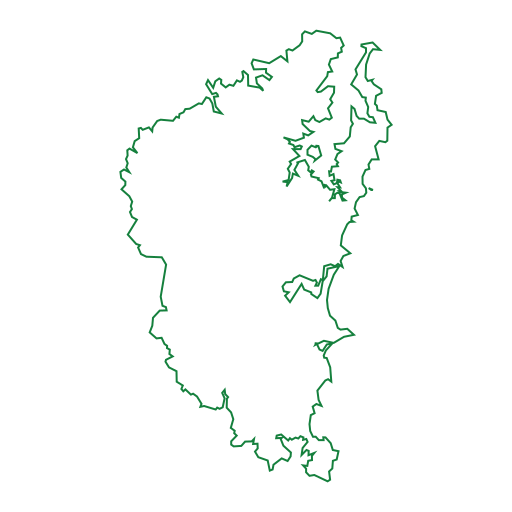 Northern Beaches, New South Wales, Australia (Albers equal-area conic projection)
{"feature_id": "25037944B81755283628627", "entity_name": "Northern Beaches", "entity_type": "district", "adm_level": 2, "iso_a3": "AUS", "parent_name": "Australia", "parent_adm1": "New South Wales", "projection": "albers", "projection_center": [151.285, -33.698], "detail": "fine", "context": "isolated", "style": "outline", "palette": "green", "viewbox_px": 512, "rotation_deg": 0, "n_neighbors": 0, "source": "geoboundaries", "source_scale": "gbopen_adm2", "svg_char_len": 6036}
<svg xmlns="http://www.w3.org/2000/svg" viewBox="0 0 512 512"><path d="M183.3,391.3L185.4,389.4L190.9,394.6L193.1,393.7L197.0,396.5L201.5,403.8L200.4,406.8L204.1,406.0L215.7,409.5L217.2,407.6L219.6,408.8L222.7,407.3L224.6,398.3L222.2,392.9L224.7,389.8L225.2,394.1L228.1,397.1L226.9,398.7L226.7,407.7L231.1,412.4L233.3,419.2L230.8,427.9L234.7,430.8L234.2,433.2L236.7,435.6L231.2,441.3L231.2,444.6L233.7,446.4L241.3,445.9L245.1,441.6L251.7,441.4L254.0,439.0L253.1,444.0L257.5,443.7L257.7,448.4L255.0,451.6L258.3,457.2L267.7,460.5L269.8,470.6L272.6,469.5L273.5,464.7L281.7,458.4L287.6,461.0L290.6,456.4L290.9,452.5L283.4,445.7L280.6,438.7L281.7,437.9L276.2,438.2L276.7,435.6L281.2,434.5L288.2,440.5L289.9,438.2L291.8,439.7L295.5,437.6L298.3,438.5L300.4,436.2L303.4,437.4L303.1,439.8L306.3,439.0L307.6,441.9L302.6,448.0L301.6,455.0L306.5,450.0L308.7,450.9L308.5,455.2L314.3,452.9L311.9,455.9L312.0,460.1L308.2,460.8L307.3,465.9L303.1,465.4L306.1,468.7L306.1,472.3L309.5,475.8L314.3,475.0L327.6,481.3L330.1,479.7L329.1,471.5L332.3,468.5L332.9,460.8L336.7,459.5L338.5,451.2L332.8,450.0L330.7,443.2L325.5,437.4L323.3,437.3L323.6,440.1L318.8,440.1L315.7,436.7L313.0,436.8L310.2,431.0L309.5,424.1L310.8,415.1L314.6,413.2L312.7,406.6L316.4,404.0L321.5,405.9L318.6,399.9L317.4,390.6L325.3,380.5L328.1,379.2L331.3,381.6L330.2,367.3L326.7,358.0L324.2,357.7L323.7,355.5L325.9,350.4L332.3,343.4L326.8,344.5L322.6,350.9L319.5,349.5L316.9,344.0L315.4,344.8L316.1,343.5L314.7,343.2L318.3,343.5L323.9,340.8L333.7,342.9L344.0,336.8L353.9,334.8L347.3,328.8L340.5,329.6L337.8,327.9L335.4,320.6L330.0,315.7L327.8,308.1L327.0,300.0L328.6,288.8L333.8,274.7L339.3,266.1L327.5,268.7L326.6,276.4L322.7,281.2L320.6,293.7L317.4,298.1L311.3,294.0L311.2,292.4L304.2,289.6L301.6,283.9L290.0,302.1L285.1,295.7L288.7,292.3L283.9,291.3L282.5,286.5L285.9,282.3L292.2,282.0L293.8,278.5L299.6,275.3L313.0,280.8L315.5,280.0L316.9,282.6L315.4,285.7L318.2,285.7L320.9,279.2L322.8,280.2L324.2,266.2L330.7,264.3L335.1,266.2L338.0,263.9L342.5,266.9L340.6,261.0L343.4,256.0L350.3,253.3L340.8,245.4L342.1,235.4L347.2,224.3L349.5,222.0L353.6,221.7L351.3,220.3L351.7,216.6L357.9,215.0L354.6,208.5L356.0,202.2L359.6,197.1L363.9,196.1L366.3,192.7L365.9,188.3L362.6,183.9L362.5,176.6L365.5,170.0L369.3,168.9L368.5,164.5L371.7,159.4L378.6,159.4L375.1,146.2L379.3,140.9L385.4,142.2L387.3,140.7L387.5,127.6L391.6,124.8L387.5,119.6L385.7,112.0L377.5,110.2L376.8,105.6L374.9,103.9L376.1,95.8L381.7,92.9L381.3,89.3L373.8,84.3L371.5,80.9L372.4,79.8L367.8,81.0L365.5,77.2L366.1,64.5L369.7,53.5L373.0,49.2L380.2,49.9L372.6,42.5L361.5,44.5L361.4,46.2L366.0,48.2L366.0,52.4L355.5,69.4L357.0,74.5L351.2,84.4L358.5,90.5L362.3,97.1L365.8,97.6L365.5,100.8L368.2,107.0L367.4,113.3L369.4,116.8L372.9,117.2L375.4,122.8L369.9,122.3L364.0,118.7L359.2,118.7L356.6,115.9L354.5,108.9L351.5,106.4L351.1,120.4L352.9,123.8L350.7,127.3L349.8,136.5L344.0,143.3L334.5,144.1L335.4,148.9L341.6,151.2L337.5,154.0L335.2,159.5L338.1,162.5L336.7,164.1L337.9,166.2L331.9,166.7L331.0,171.5L329.1,171.3L329.6,175.8L333.5,174.1L334.5,180.2L331.4,180.9L333.8,184.4L336.9,183.0L337.4,179.7L340.1,180.3L340.8,182.4L338.7,181.5L337.5,183.4L340.1,187.4L337.5,187.2L341.1,191.0L339.2,191.1L340.2,192.0L345.8,192.7L341.9,194.4L342.0,197.6L345.4,200.3L342.5,200.6L339.6,193.4L337.5,192.7L334.9,194.4L334.8,198.1L331.7,198.1L329.1,201.3L332.0,197.7L334.4,189.2L330.1,189.8L326.4,185.5L325.5,186.4L325.7,184.6L324.9,186.6L324.9,184.2L323.6,186.7L321.5,181.3L318.0,179.6L318.7,178.2L311.5,176.5L310.9,174.6L313.6,171.5L311.8,170.4L310.7,172.4L308.2,170.3L308.8,166.8L304.9,160.0L296.4,162.7L298.0,162.3L298.2,163.0L294.4,169.9L298.3,175.8L292.9,173.6L292.1,178.0L286.6,186.5L287.7,182.1L282.6,181.6L288.6,180.0L289.7,172.5L287.8,168.8L291.1,164.0L289.7,161.6L299.4,156.0L293.0,149.1L300.6,149.1L301.8,146.5L299.7,145.5L294.5,147.2L293.4,145.0L289.0,143.5L289.9,141.9L287.7,139.4L283.5,137.4L295.5,140.8L303.9,137.7L303.3,133.6L308.2,135.4L313.4,131.9L309.9,131.0L302.6,124.0L302.1,120.1L308.7,121.7L313.4,116.2L315.3,120.1L319.4,122.0L325.7,118.4L329.3,119.6L331.8,117.7L328.0,108.3L332.4,102.6L330.2,99.2L334.0,92.7L334.2,86.7L328.0,86.2L320.9,91.6L317.7,92.1L316.4,90.5L327.2,76.2L327.9,72.1L332.2,71.5L328.9,64.6L330.8,59.1L337.8,57.4L337.9,53.4L341.8,51.7L341.1,47.9L343.7,45.5L340.1,37.6L336.4,38.2L330.2,33.3L316.3,30.7L311.8,33.9L304.9,31.4L302.1,34.3L302.2,41.4L299.6,45.3L292.5,50.5L288.8,49.2L286.4,50.6L287.4,61.3L280.8,56.1L269.2,63.2L253.3,59.5L251.6,63.3L253.9,69.4L266.1,69.0L266.0,72.7L271.9,76.9L269.4,80.1L262.5,75.3L256.0,77.6L256.9,83.4L262.2,88.4L263.2,90.8L259.6,87.6L248.2,85.6L248.0,75.0L243.5,71.1L242.3,71.9L243.3,77.2L241.8,80.6L240.0,81.8L236.9,80.4L233.4,85.8L229.4,84.7L225.7,87.4L221.0,83.6L221.3,79.9L219.2,78.5L215.3,81.3L213.2,87.8L208.0,80.1L206.1,84.2L212.2,94.1L216.0,92.9L217.5,94.4L218.0,96.3L213.9,96.8L215.8,106.7L221.7,113.5L213.8,111.5L212.3,103.4L209.5,98.5L206.3,97.3L201.9,104.0L198.8,103.4L189.7,108.7L185.3,109.1L183.5,112.3L179.5,114.0L178.9,117.7L176.3,116.7L173.0,120.8L160.7,119.7L157.2,121.0L152.6,127.5L152.2,131.3L148.9,127.4L142.7,129.8L140.9,127.9L138.7,128.5L139.2,138.2L134.7,141.1L132.9,147.3L137.4,153.1L129.5,148.6L127.3,150.3L127.6,155.6L126.0,159.1L127.7,163.2L126.3,167.5L129.3,172.2L124.0,169.5L120.4,171.9L121.2,177.9L125.4,181.6L125.3,185.1L121.5,189.3L129.3,196.2L132.2,201.6L130.8,206.1L131.9,209.1L130.0,212.0L132.0,217.0L136.9,219.7L127.8,234.6L136.2,244.0L139.9,245.2L138.1,247.5L141.0,254.1L146.4,256.7L161.8,257.3L166.1,264.6L160.7,296.7L162.5,305.8L165.9,307.1L166.6,310.4L159.7,310.6L153.0,317.8L152.3,325.7L149.7,332.4L156.5,338.4L161.6,337.8L164.5,344.0L167.1,345.8L167.0,348.1L169.8,349.6L169.4,354.0L172.7,356.4L166.0,359.8L165.5,361.7L169.0,367.4L176.5,371.2L176.7,381.7L182.8,385.5L181.4,389.0L183.3,391.3ZM307.5,149.8L307.5,154.7L312.8,156.9L315.4,159.1L314.8,160.6L321.2,155.5L318.4,146.0L315.5,145.7L316.8,146.5L315.8,147.3L311.5,145.6L307.5,149.8ZM368.7,188.1L371.3,190.0L372.9,189.9L368.7,188.1Z" fill="none" stroke="#15803d" stroke-width="2"/></svg>